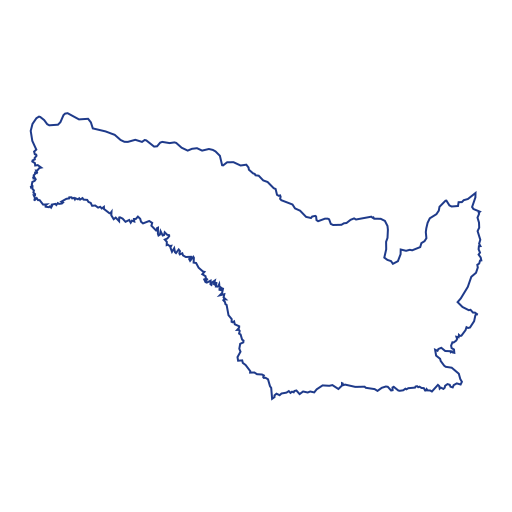 Gorontalo, Gorontalo, Indonesia
{"feature_id": "22746128B1660874628525", "entity_name": "Gorontalo", "entity_type": "district", "adm_level": 2, "iso_a3": "IDN", "parent_name": "Indonesia", "parent_adm1": "Gorontalo", "projection": "natural_earth1", "projection_center": [122.789, 0.702], "detail": "fine", "context": "isolated", "style": "outline", "palette": "blue", "viewbox_px": 512, "rotation_deg": 0, "n_neighbors": 0, "source": "geoboundaries", "source_scale": "gbopen_adm2", "svg_char_len": 6029}
<svg xmlns="http://www.w3.org/2000/svg" viewBox="0 0 512 512"><path d="M245.6,365.0L250.3,371.2L250.1,372.6L254.4,372.5L257.0,374.2L262.0,374.5L263.9,375.5L263.2,377.1L263.8,377.9L265.5,377.8L268.0,379.3L270.0,386.2L271.2,387.9L272.1,398.8L274.5,397.1L274.5,395.4L276.5,393.7L279.6,395.2L281.5,393.5L286.5,392.6L288.8,391.1L290.5,392.9L292.0,391.7L293.7,392.3L294.4,391.0L296.4,390.5L299.6,394.1L303.1,391.5L307.7,392.5L310.2,391.5L314.2,392.4L316.7,389.3L322.6,385.4L329.3,385.8L332.4,385.1L338.4,389.0L342.0,385.5L342.0,383.2L342.7,383.5L342.7,385.3L345.1,384.6L355.3,386.9L364.6,386.7L365.8,387.8L374.6,389.1L377.5,390.9L381.8,387.8L385.9,386.5L387.8,386.8L391.1,390.5L392.6,390.2L392.5,387.5L393.7,386.8L398.3,390.5L399.7,390.8L403.2,390.3L405.4,388.7L406.4,389.3L408.3,388.2L415.0,387.6L415.6,386.5L417.1,386.2L418.2,387.2L419.5,386.7L421.6,388.0L423.8,388.1L425.1,390.5L425.9,390.5L426.6,389.1L427.6,390.4L430.2,390.5L431.9,391.5L437.9,384.9L439.2,386.1L439.7,388.6L440.8,387.6L443.4,388.9L444.7,387.7L445.1,385.8L447.5,384.1L449.7,384.8L450.5,386.7L452.7,387.4L453.7,385.1L456.8,383.4L460.6,384.5L461.9,381.8L460.3,379.1L458.8,373.7L451.7,367.7L445.7,366.8L444.2,365.7L440.7,361.0L440.1,358.8L436.1,355.6L435.1,349.7L437.5,350.8L438.4,349.0L441.3,347.8L445.2,351.0L450.4,351.2L450.7,352.2L451.9,351.4L452.5,352.4L454.3,352.8L454.0,349.5L451.6,348.1L451.1,345.7L452.4,342.3L453.6,342.5L456.2,340.6L457.1,339.0L456.4,336.8L458.6,337.3L458.9,334.9L460.0,335.9L461.4,335.7L465.5,330.2L466.5,327.2L468.0,328.0L470.0,327.5L474.1,321.2L475.4,315.2L476.2,314.3L477.7,314.6L474.9,312.6L473.0,312.6L470.5,309.8L468.8,310.2L462.5,307.0L457.6,302.1L460.8,298.4L467.8,286.9L471.3,276.8L476.0,272.8L477.8,267.5L477.3,264.8L479.2,263.5L480.0,260.6L481.3,260.4L480.7,257.5L478.6,254.6L480.0,252.6L478.6,249.3L478.9,246.2L480.4,246.1L479.1,243.7L480.3,239.8L477.6,231.1L479.2,227.7L479.0,222.6L477.5,217.6L479.1,213.8L478.7,212.7L479.9,211.7L473.4,209.0L472.1,207.0L475.4,197.4L475.5,193.0L467.9,199.0L463.7,200.2L461.9,202.1L458.6,202.2L458.0,206.0L451.6,206.5L449.4,205.4L446.4,200.6L445.5,200.7L439.5,206.8L438.8,210.6L436.4,214.2L429.8,218.3L427.6,222.8L426.3,228.3L425.8,232.1L426.4,238.2L424.5,241.2L421.4,243.1L420.2,247.1L412.2,250.3L409.8,249.8L406.1,250.8L400.7,249.5L400.6,254.2L397.9,261.2L392.9,263.8L391.0,261.1L387.4,259.9L384.3,257.6L386.2,249.3L386.1,241.8L387.5,237.9L387.9,229.8L387.5,226.0L384.9,220.9L380.7,218.8L374.1,218.7L373.4,217.4L372.6,217.8L371.3,216.7L356.0,219.5L354.1,218.4L350.6,219.8L346.5,223.0L343.9,223.3L341.4,224.8L333.1,225.0L330.8,223.9L329.1,219.3L327.8,218.7L324.9,218.7L318.1,221.2L316.5,220.1L316.1,216.5L315.3,215.9L312.2,216.5L311.0,218.0L306.1,216.9L300.1,210.7L295.0,208.4L292.5,204.5L281.3,200.2L280.1,198.8L280.6,196.8L280.1,195.4L278.7,195.8L277.0,194.8L275.6,189.0L273.7,188.2L267.6,182.0L263.2,180.4L258.7,175.7L255.5,175.3L254.7,173.9L253.1,173.4L248.9,169.7L248.5,167.5L246.3,164.7L240.6,165.5L233.5,162.2L227.1,162.3L223.1,165.4L222.1,165.2L219.9,155.8L215.5,151.4L212.8,149.9L208.9,149.0L202.1,150.6L197.0,148.2L192.0,148.8L187.7,150.6L181.6,147.7L176.2,142.9L174.4,142.4L169.6,143.1L162.3,141.9L160.2,142.6L157.1,146.3L154.1,146.6L146.3,140.4L144.7,140.0L142.0,141.9L135.3,139.8L127.8,141.9L124.4,141.8L120.6,140.0L114.8,134.9L105.5,131.4L92.8,128.4L90.9,122.4L88.1,118.8L79.0,119.4L67.6,113.2L65.1,113.6L63.5,115.1L60.4,122.2L58.0,124.7L49.3,125.3L47.2,124.2L44.2,120.1L40.3,117.0L39.0,116.6L36.4,118.2L32.5,123.9L30.7,130.9L32.3,140.9L36.3,149.6L34.1,151.6L34.8,154.2L36.2,154.6L36.5,155.8L34.6,158.1L34.8,159.4L32.6,160.4L32.3,161.5L34.9,163.1L35.2,165.5L37.7,165.1L41.2,167.6L39.4,168.0L37.2,170.5L36.1,170.5L37.1,172.5L36.3,173.8L36.4,172.1L35.1,172.5L35.1,173.9L33.7,175.3L34.2,176.8L33.2,177.4L33.5,178.5L35.0,178.2L35.7,179.3L34.7,180.8L32.3,182.0L31.8,184.8L32.4,185.8L30.9,186.7L31.1,187.6L32.4,187.2L32.5,189.0L33.9,190.4L33.4,192.6L35.1,194.1L35.0,195.1L33.7,195.2L35.0,198.0L34.2,200.6L36.7,198.1L38.0,200.1L39.6,200.1L43.1,204.6L46.7,204.4L45.5,205.3L45.6,206.7L48.9,207.2L50.0,206.3L51.1,207.6L52.0,205.9L51.8,204.6L55.4,203.9L56.3,205.0L57.8,203.1L59.0,203.9L61.9,203.5L63.0,202.5L61.4,201.6L66.4,198.8L69.1,198.4L69.3,197.3L71.5,197.3L72.2,198.4L74.0,197.9L74.9,199.4L75.5,198.3L77.9,199.3L79.2,198.3L80.1,199.6L82.5,198.1L83.5,199.6L87.2,199.9L88.5,202.0L90.7,202.9L92.1,205.8L95.2,205.5L98.1,207.6L100.2,206.8L101.8,208.5L103.9,206.9L104.0,209.0L109.4,213.2L110.3,213.4L111.5,211.8L111.3,215.3L113.7,219.2L115.7,217.6L119.1,221.2L119.2,217.5L119.9,217.3L122.6,218.6L125.5,221.8L129.2,220.0L130.7,222.7L132.0,220.6L134.3,221.5L134.0,219.0L135.9,218.9L137.9,216.6L140.2,218.8L141.0,221.7L143.0,223.4L149.2,221.0L152.2,222.9L151.4,225.7L156.2,230.6L157.2,230.3L157.0,228.2L158.0,227.7L157.9,233.8L158.5,235.5L159.9,234.6L160.6,231.2L162.7,235.5L164.0,235.1L164.7,232.3L167.2,234.8L169.1,235.2L169.2,236.2L167.3,238.5L164.8,239.6L166.8,241.8L166.7,245.1L167.9,244.7L169.6,246.0L171.2,245.8L170.4,247.5L172.0,251.8L174.2,248.2L175.0,252.2L176.0,253.1L178.7,249.5L180.0,251.2L179.3,253.2L179.8,254.4L182.3,253.3L183.0,255.4L185.8,257.0L191.0,256.8L191.1,258.2L189.2,259.1L190.1,260.8L193.3,256.8L193.9,257.8L193.6,262.6L196.1,263.0L198.6,267.7L202.8,271.4L204.4,271.9L202.3,274.2L205.5,276.2L205.9,278.3L207.1,279.3L206.4,280.3L205.2,279.0L204.2,279.4L205.5,282.1L206.8,282.6L210.6,280.7L210.5,284.3L211.4,284.9L212.1,282.4L214.8,280.6L213.9,284.1L214.9,284.7L215.6,282.8L216.4,283.0L215.9,286.5L218.1,286.6L219.2,284.2L219.4,286.4L221.1,287.7L219.5,288.8L219.5,289.8L221.1,290.1L222.2,288.4L223.0,288.7L222.1,292.9L219.8,295.3L224.3,294.2L223.6,297.4L225.8,299.4L223.8,299.4L223.3,300.2L225.0,302.1L225.4,304.1L226.6,304.9L228.5,315.2L231.7,319.1L231.6,321.8L232.8,322.3L234.1,321.4L234.8,324.3L239.2,326.3L239.1,327.7L237.2,329.9L238.9,329.8L239.7,330.9L239.1,333.6L240.6,334.5L242.1,339.6L243.5,340.6L243.3,342.4L240.2,343.8L239.3,348.7L240.5,351.7L237.5,357.1L238.1,360.7L242.2,360.4L242.8,362.9L245.6,365.0Z" fill="none" stroke="#1e3a8a" stroke-width="2"/></svg>